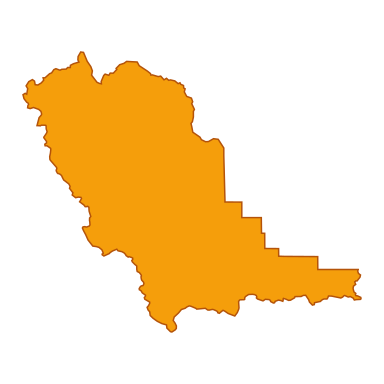 Beaverhead, Montana, United States of America
{"feature_id": "52423323B11002176870348", "entity_name": "Beaverhead", "entity_type": "district", "adm_level": 2, "iso_a3": "USA", "parent_name": "United States of America", "parent_adm1": "Montana", "projection": "equal_earth", "projection_center": [-112.883, 45.148], "detail": "fine", "context": "isolated", "style": "filled", "palette": "amber", "viewbox_px": 384, "rotation_deg": 0, "n_neighbors": 0, "source": "geoboundaries", "source_scale": "gbopen_adm2", "svg_char_len": 4308}
<svg xmlns="http://www.w3.org/2000/svg" viewBox="0 0 384 384"><path d="M176.1,328.7L176.3,328.5L176.4,325.9L175.1,323.2L173.2,320.5L174.2,317.0L178.5,313.0L181.4,309.5L185.1,308.3L187.0,306.9L189.2,305.9L190.8,306.2L195.8,308.3L196.7,309.1L198.0,309.0L205.3,308.3L207.7,310.0L209.2,310.1L212.4,309.4L213.5,309.6L216.7,311.0L217.7,312.0L217.7,312.7L219.3,313.3L223.0,310.3L224.7,311.1L228.2,313.5L234.8,316.0L237.3,312.6L238.7,309.2L239.0,307.9L238.6,301.6L239.3,300.4L240.0,299.8L244.1,299.7L244.7,299.3L244.7,297.8L245.0,297.2L245.7,296.4L248.6,294.5L252.4,294.3L254.6,294.6L256.3,295.5L256.8,296.9L256.4,297.9L257.5,299.0L262.7,300.8L263.2,300.8L265.3,299.3L269.2,299.6L270.2,300.3L270.7,301.6L273.3,303.0L274.0,303.0L274.7,302.6L275.1,301.4L278.4,300.1L280.6,300.5L282.8,301.3L283.2,300.0L283.1,299.1L283.4,298.4L286.0,299.2L288.6,300.4L290.5,300.2L294.6,297.8L295.0,296.6L301.1,296.5L303.3,295.4L305.7,295.3L308.6,299.6L309.5,302.1L312.4,305.1L314.3,304.6L314.5,302.7L320.6,301.4L321.0,300.7L322.7,299.5L324.0,299.0L327.0,299.0L327.8,297.8L328.5,296.0L331.6,296.1L340.4,297.9L340.8,298.0L342.6,297.1L343.9,295.8L344.7,295.5L347.9,296.9L348.8,297.0L350.1,296.5L353.2,298.1L354.3,300.0L356.4,299.6L360.4,299.4L361.0,298.8L360.8,297.4L357.6,295.9L355.8,295.6L355.4,294.6L355.8,293.4L354.0,292.0L353.2,289.1L353.1,288.1L353.5,286.1L355.7,284.4L354.7,281.9L355.8,280.9L357.1,280.9L360.0,277.2L360.5,275.0L359.4,274.2L358.4,273.3L357.7,271.1L357.8,270.2L358.2,269.7L358.9,269.5L317.8,269.5L317.7,256.6L284.2,256.4L278.7,256.2L278.6,248.6L264.8,248.5L264.7,233.3L261.5,233.2L261.3,217.6L241.8,217.6L241.8,202.1L225.0,202.0L223.8,155.8L223.8,148.0L218.2,139.3L213.5,138.7L208.4,141.6L205.5,141.7L201.4,139.7L200.0,137.2L192.8,132.2L191.8,126.8L191.0,123.4L192.4,121.7L193.4,117.0L193.4,111.4L194.4,109.4L193.4,107.2L191.7,103.7L192.7,101.8L191.4,98.1L186.7,96.4L184.3,91.9L185.1,88.8L183.7,88.0L183.5,85.5L180.6,84.2L180.0,82.8L178.1,83.6L174.8,80.9L170.5,79.9L168.7,80.3L166.5,78.3L164.0,79.8L160.7,76.1L158.2,76.6L152.4,74.9L150.9,75.1L150.5,73.6L147.4,71.1L139.2,65.7L137.2,62.0L126.6,61.4L124.0,63.3L119.7,64.7L116.1,68.4L116.8,69.4L113.3,73.2L110.2,73.1L108.8,75.3L105.1,74.1L103.7,75.5L101.2,81.5L101.4,83.8L99.4,83.4L97.0,82.3L91.6,75.2L92.4,70.9L90.8,66.6L87.2,61.3L83.5,52.4L80.7,52.0L78.1,56.5L77.9,59.9L78.9,62.1L73.5,63.7L70.4,65.3L70.3,67.5L67.7,67.5L66.1,69.1L61.8,69.3L60.0,70.2L55.9,68.7L53.9,69.6L51.6,72.9L49.6,73.7L45.0,77.8L43.1,77.8L43.7,80.2L41.3,82.9L37.9,85.0L35.2,84.7L34.5,81.1L32.4,79.6L28.8,81.6L26.1,85.9L27.7,88.6L26.7,94.2L25.2,93.3L23.0,94.7L24.0,98.7L26.7,102.2L28.1,103.1L28.6,104.3L27.9,105.6L27.6,107.8L30.1,108.6L33.5,107.5L38.7,109.4L40.9,111.3L41.4,112.9L41.6,114.3L41.2,115.2L39.1,117.6L37.0,125.6L40.5,125.8L41.3,125.2L42.2,125.2L44.7,125.2L45.8,125.4L46.1,125.9L46.2,128.9L47.1,131.7L46.5,133.2L43.8,137.2L43.9,137.8L46.5,141.4L46.5,143.0L44.8,144.2L45.1,145.8L47.0,145.8L50.6,148.3L50.7,148.7L50.8,149.6L50.4,153.2L49.7,156.6L49.9,159.4L50.3,160.2L56.6,167.5L56.8,168.8L56.3,169.8L56.2,170.8L57.2,172.8L58.0,173.6L58.6,173.6L59.8,174.1L61.0,175.0L61.9,176.2L62.3,177.3L63.7,180.0L68.8,183.9L70.1,186.4L69.5,188.3L72.9,192.8L72.2,195.0L75.6,197.7L78.4,197.1L81.0,197.4L81.5,198.6L80.6,200.2L79.6,201.8L83.9,205.0L85.2,206.7L86.9,206.6L87.7,206.3L88.9,207.3L89.0,209.8L89.2,211.5L90.8,216.5L89.6,218.0L89.5,220.5L89.8,222.0L90.0,224.9L89.3,226.0L86.7,227.0L85.7,226.9L84.9,226.6L83.0,226.9L82.4,228.0L83.5,230.6L85.7,234.7L88.1,240.1L92.8,246.1L96.4,246.6L99.0,247.4L101.9,249.8L103.3,253.2L103.2,253.5L102.1,254.1L102.2,254.8L103.9,256.0L109.4,253.5L110.0,252.7L112.5,251.0L116.8,249.2L118.0,250.8L122.0,251.7L124.1,252.9L125.5,254.4L126.1,255.6L128.2,257.1L129.0,256.7L131.4,257.4L132.7,258.1L132.7,259.6L131.8,260.4L132.2,261.7L134.7,264.3L136.7,265.9L136.8,269.6L137.2,271.5L139.4,272.6L141.0,274.7L141.4,275.9L141.0,276.8L141.3,278.9L141.7,280.1L143.6,282.3L143.9,283.7L143.3,285.1L142.9,285.6L141.7,285.8L140.5,286.4L139.2,288.5L139.3,289.7L141.0,290.7L142.3,292.9L145.5,295.2L145.4,296.3L144.3,297.6L144.8,299.2L149.7,302.1L149.7,303.4L148.3,306.0L147.1,307.3L148.1,310.0L149.7,311.8L150.2,315.5L153.2,318.4L157.3,321.3L161.9,323.6L166.5,324.9L166.9,328.1L170.5,331.7L171.9,332.0L175.3,329.8L176.1,328.7Z" fill="#f59e0b" stroke="#b45309" stroke-width="1.5"/></svg>